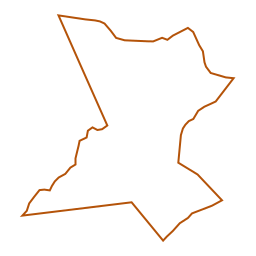 outline of Lastro, Paraíba, Brazil
{"feature_id": "56859067B5730433440527", "entity_name": "Lastro", "entity_type": "district", "adm_level": 2, "iso_a3": "BRA", "parent_name": "Brazil", "parent_adm1": "Paraíba", "projection": "mercator", "projection_center": [-38.183, -6.553], "detail": "fine", "context": "isolated", "style": "outline", "palette": "amber", "viewbox_px": 256, "rotation_deg": 0, "n_neighbors": 0, "source": "geoboundaries", "source_scale": "gbopen_adm2", "svg_char_len": 880}
<svg xmlns="http://www.w3.org/2000/svg" viewBox="0 0 256 256"><path d="M58.5,15.4L79.8,63.6L107.3,125.5L102.1,129.2L97.4,130.0L92.5,127.4L87.9,130.7L86.6,137.5L79.6,140.8L78.6,145.7L77.2,151.4L75.5,158.4L75.5,164.5L70.4,167.6L65.3,173.9L58.7,177.5L54.8,181.4L51.9,186.0L49.8,190.4L44.3,189.6L39.5,190.1L34.1,196.9L29.2,203.4L26.8,210.8L22.4,215.6L131.6,202.3L163.1,240.6L166.8,236.6L172.8,231.0L179.8,223.2L188.0,217.9L192.0,213.4L212.0,205.7L222.0,200.3L197.6,174.5L178.3,162.7L180.9,135.1L182.9,128.5L185.4,124.7L188.8,121.1L193.3,119.0L198.2,110.8L204.4,106.7L210.8,103.8L215.7,101.5L233.6,78.2L225.8,77.4L210.7,73.0L206.0,66.7L204.5,62.3L202.9,51.3L199.2,45.2L193.2,32.0L187.9,27.9L172.9,35.6L167.4,39.8L162.1,37.8L153.2,41.4L147.6,41.3L124.7,40.3L116.1,37.9L110.7,30.7L104.5,23.5L99.9,21.4L95.0,20.4L85.4,19.4L58.5,15.4Z" fill="none" stroke="#b45309" stroke-width="2"/></svg>